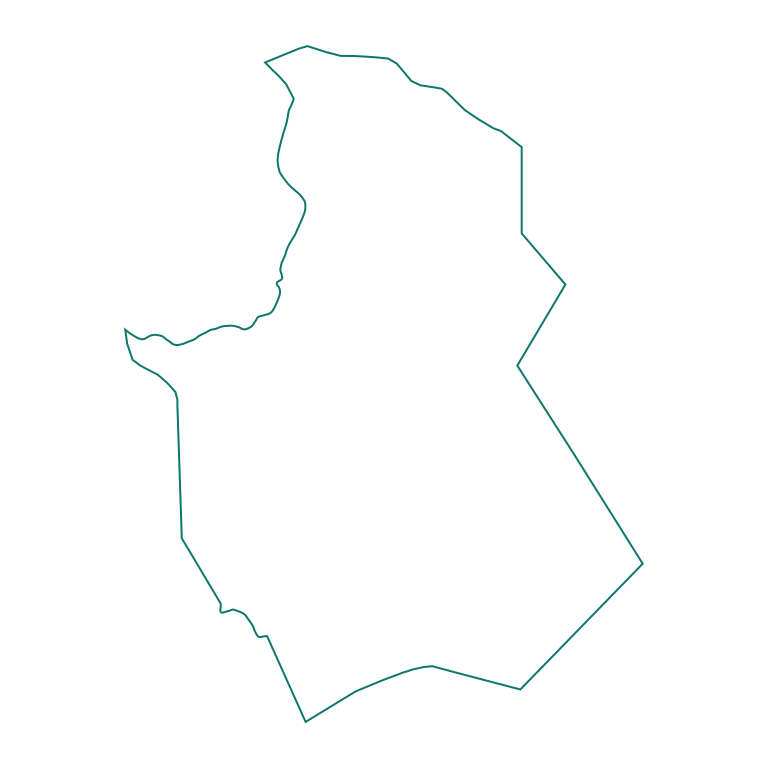 Langue, Valle, Honduras (orthographic projection)
{"feature_id": "27666195B29831378343973", "entity_name": "Langue", "entity_type": "district", "adm_level": 2, "iso_a3": "HND", "parent_name": "Honduras", "parent_adm1": "Valle", "projection": "orthographic", "projection_center": [-87.663, 13.662], "detail": "fine", "context": "isolated", "style": "outline", "palette": "teal", "viewbox_px": 768, "rotation_deg": 0, "n_neighbors": 0, "source": "geoboundaries", "source_scale": "gbopen_adm2", "svg_char_len": 6062}
<svg xmlns="http://www.w3.org/2000/svg" viewBox="0 0 768 768"><path d="M307.5,46.1L299.0,48.6L288.2,53.0L265.1,62.5L272.7,70.3L278.0,75.2L286.2,84.2L292.5,96.4L292.9,97.0L293.3,97.9L293.4,98.2L293.5,98.5L293.6,99.0L293.6,99.3L293.5,99.7L293.4,100.0L293.2,100.7L292.9,101.5L292.6,102.2L291.1,105.7L290.5,106.9L289.8,108.2L289.5,108.9L289.2,109.6L289.0,110.2L288.7,111.4L288.4,112.6L288.1,114.5L287.8,116.5L287.6,117.5L287.1,120.3L286.7,122.2L286.5,122.9L286.2,124.1L285.4,126.8L283.1,134.2L282.6,135.9L282.1,137.6L281.2,140.8L280.4,144.1L280.1,145.3L279.8,146.5L279.2,149.1L278.6,151.8L278.3,153.4L278.0,155.3L277.9,156.3L277.8,157.4L277.7,158.7L277.7,159.4L277.6,160.0L277.6,160.8L277.7,161.7L277.7,162.3L278.0,164.4L278.3,166.5L278.6,167.9L278.8,168.7L279.2,170.3L279.4,171.1L279.6,171.6L279.7,172.0L280.1,172.8L280.7,173.9L281.3,174.8L282.4,176.4L283.1,177.5L284.0,178.6L286.4,181.8L287.2,182.8L288.0,183.8L289.4,185.3L290.0,185.9L290.6,186.5L291.9,187.7L295.0,190.4L297.1,192.2L298.6,193.5L299.3,194.1L299.9,194.7L300.7,195.7L302.0,197.3L302.9,198.5L303.5,199.4L303.9,200.0L304.3,200.6L304.5,201.1L304.6,201.3L304.7,201.7L304.9,202.2L305.0,202.5L305.1,203.1L305.2,203.7L305.3,204.1L305.3,204.7L305.3,205.5L305.4,206.6L305.3,208.1L305.3,209.1L305.2,209.7L305.0,210.8L304.7,211.8L304.4,212.7L304.0,214.0L303.1,216.3L302.2,218.7L300.4,222.8L298.0,228.0L297.1,229.9L296.6,231.3L295.8,233.1L295.4,234.1L295.1,234.6L294.6,235.5L293.3,237.6L292.2,239.3L289.3,244.2L288.7,245.4L288.1,246.6L287.6,247.7L287.3,248.4L286.8,249.8L286.4,250.9L286.0,252.1L285.9,252.7L285.7,253.6L285.6,254.0L285.5,254.5L285.3,254.9L284.9,255.7L284.3,256.9L284.1,257.4L282.9,260.3L282.6,260.9L282.1,261.8L281.8,262.4L281.7,262.9L281.6,263.3L281.1,265.3L280.7,267.1L280.3,269.1L280.3,269.3L280.3,269.7L280.3,269.9L280.4,270.2L280.7,271.5L280.9,272.5L281.5,274.1L281.7,274.7L281.8,275.3L282.0,276.1L282.2,276.9L282.2,277.4L282.2,277.7L282.2,278.0L282.1,278.4L282.0,278.7L281.8,279.1L281.6,279.4L281.3,279.6L280.8,280.0L279.4,280.8L277.5,281.9L277.3,282.0L277.1,282.3L277.0,282.5L276.9,282.7L276.9,283.0L276.8,283.4L276.8,283.7L276.9,284.1L277.0,284.5L277.1,284.9L277.3,285.2L277.5,285.5L278.0,286.0L278.3,286.3L278.6,286.7L278.8,287.0L279.0,287.5L279.2,287.9L279.4,288.4L279.7,289.2L279.8,289.9L279.9,290.4L280.0,290.9L280.1,291.6L280.1,292.2L280.1,292.7L280.0,293.2L279.9,293.8L279.7,294.6L279.4,295.7L278.9,297.2L278.5,298.3L278.2,299.2L277.2,301.6L275.8,304.7L275.1,306.2L274.6,307.2L274.1,308.3L273.7,308.8L273.2,309.8L272.9,310.2L272.4,311.0L272.1,311.3L271.7,311.8L271.3,312.3L270.8,312.7L270.3,313.1L269.8,313.4L269.4,313.6L269.0,313.8L267.8,314.2L265.7,314.8L263.3,315.4L260.1,316.3L259.6,316.4L259.2,316.5L258.6,316.8L258.2,317.0L257.7,317.3L257.5,317.6L257.2,317.9L257.0,318.3L256.3,319.6L255.8,320.5L253.6,323.8L253.1,324.6L252.8,325.0L252.3,325.6L251.9,326.0L251.6,326.4L251.2,326.7L250.9,326.9L250.6,327.1L249.3,327.8L248.5,328.1L247.5,328.6L246.4,329.1L245.6,329.3L245.1,329.4L244.9,329.4L244.6,329.4L244.2,329.4L243.9,329.4L243.2,329.2L242.5,329.0L241.8,328.7L241.1,328.4L240.3,327.9L239.6,327.6L238.6,327.2L237.3,326.8L236.4,326.5L235.1,326.2L233.9,325.9L232.8,325.8L231.6,325.7L230.2,325.7L229.1,325.8L227.1,325.9L225.9,326.0L224.6,326.1L222.6,326.4L222.0,326.5L221.5,326.6L220.7,326.9L220.3,327.0L219.7,327.2L218.7,327.7L217.8,328.1L216.7,328.5L216.1,328.7L215.1,329.0L214.1,329.2L213.4,329.3L212.2,329.5L211.6,329.6L211.0,329.8L210.2,330.1L209.7,330.3L208.8,330.8L206.4,332.2L205.1,332.9L203.6,333.6L200.9,334.9L199.7,335.5L199.0,335.9L198.7,336.1L198.2,336.4L197.8,336.8L196.9,337.6L196.3,338.1L195.9,338.3L195.5,338.6L195.1,338.8L193.9,339.5L192.8,340.1L192.3,340.3L191.5,340.6L188.7,341.6L187.4,342.1L184.8,343.2L182.9,343.9L182.3,344.1L180.8,344.4L179.3,344.8L178.5,344.9L177.6,345.0L176.9,345.0L176.0,344.9L175.5,344.9L174.8,344.8L174.2,344.6L173.5,344.4L172.9,344.1L172.5,343.9L172.1,343.6L171.5,343.2L170.8,342.5L170.4,342.2L169.4,341.5L166.8,339.7L165.6,338.8L163.8,337.3L163.2,336.9L162.7,336.5L162.3,336.3L161.9,336.1L161.1,335.9L160.2,335.6L159.0,335.3L158.2,335.2L157.6,335.1L156.9,335.0L156.2,334.9L154.9,334.9L154.3,334.9L153.4,334.9L152.7,335.0L152.1,335.2L151.5,335.3L150.9,335.5L149.9,335.9L149.3,336.2L147.8,337.0L147.0,337.5L146.3,337.9L145.5,338.4L144.9,338.7L144.5,338.9L144.0,339.0L143.6,339.1L143.1,339.2L142.5,339.3L142.3,339.3L141.7,339.2L141.1,339.1L140.5,339.0L140.1,338.9L138.9,338.5L138.3,338.3L138.0,338.2L136.8,337.5L134.8,336.4L133.1,335.4L131.7,334.5L131.1,334.2L130.2,333.6L128.5,332.2L127.1,331.2L126.0,330.4L125.3,329.8L127.1,343.5L132.6,359.8L140.2,365.5L146.3,368.8L157.8,374.7L167.6,383.3L175.4,392.0L177.4,399.6L177.4,405.7L181.8,538.3L220.6,603.4L220.7,604.1L220.7,605.2L220.7,605.8L220.7,606.7L220.6,607.8L220.3,609.8L220.3,610.1L220.3,610.4L220.3,610.9L220.4,611.2L220.5,611.4L220.6,611.6L220.7,611.8L220.8,612.0L221.0,612.2L221.2,612.4L221.4,612.5L221.7,612.6L221.9,612.6L222.1,612.7L222.3,612.7L222.6,612.6L223.8,612.3L224.3,612.2L227.1,611.4L229.4,610.8L229.9,610.6L230.5,610.3L231.0,610.1L231.7,609.8L232.6,609.6L233.1,609.6L233.3,609.6L233.7,609.6L234.2,609.8L235.9,610.4L238.4,611.3L241.1,612.3L241.8,612.6L242.4,612.9L242.8,613.2L243.3,613.5L243.7,613.8L244.1,614.1L244.7,614.6L245.1,615.0L245.8,615.8L246.5,616.7L248.2,619.1L249.8,621.3L251.5,623.9L252.5,625.4L253.1,626.6L253.5,627.4L253.8,628.2L254.4,630.0L254.9,631.2L255.5,632.4L256.2,633.8L256.8,634.8L257.2,635.4L257.6,636.0L258.0,636.4L258.2,636.5L258.4,636.7L258.6,636.8L259.0,636.9L259.5,637.0L259.8,637.0L260.3,637.0L260.9,637.0L261.3,636.9L263.4,636.5L265.3,636.2L265.7,636.1L266.1,636.1L267.1,636.1L305.6,721.9L355.6,691.4L381.9,680.5L402.1,672.9L413.4,669.3L424.0,667.0L432.2,666.2L458.7,673.3L520.3,689.5L642.7,563.7L574.0,454.2L517.3,365.6L565.4,284.5L521.7,233.4L521.7,147.0L519.7,145.6L501.0,131.1L493.3,128.2L478.4,119.3L464.9,110.1L454.5,100.0L447.3,92.8L442.1,88.8L434.9,87.5L420.4,85.3L411.3,81.0L406.1,74.7L396.7,63.5L388.0,58.5L377.6,57.5L365.4,56.6L353.7,56.0L340.7,55.9L325.1,51.8L307.5,46.1Z" fill="none" stroke="#0f766e" stroke-width="2"/></svg>